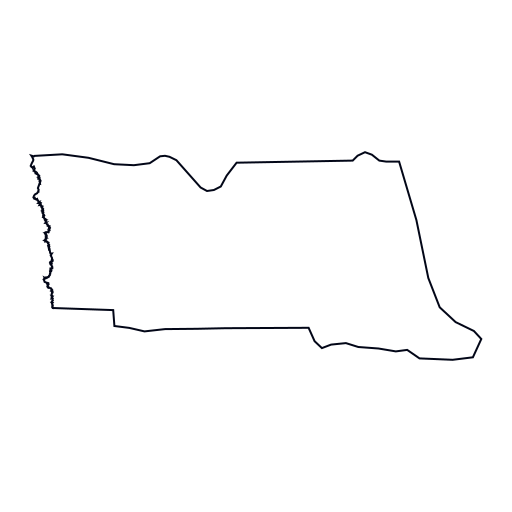 Amada-Gaza, Mambéré-Kadéï, Central African Republic (Albers equal-area conic projection)
{"feature_id": "33826404B6437617730206", "entity_name": "Amada-Gaza", "entity_type": "district", "adm_level": 2, "iso_a3": "CAF", "parent_name": "Central African Republic", "parent_adm1": "Mambéré-Kadéï", "projection": "albers", "projection_center": [14.714, 4.811], "detail": "fine", "context": "isolated", "style": "outline", "palette": "ink", "viewbox_px": 512, "rotation_deg": 0, "n_neighbors": 0, "source": "geoboundaries", "source_scale": "gbopen_adm2", "svg_char_len": 5486}
<svg xmlns="http://www.w3.org/2000/svg" viewBox="0 0 512 512"><path d="M321.9,348.1L331.1,344.6L345.9,343.1L358.3,347.0L378.5,348.5L395.8,351.4L407.2,349.9L419.5,358.4L452.6,359.8L472.9,357.3L481.3,339.0L473.9,331.0L455.6,322.1L439.7,307.3L428.3,278.0L416.4,220.1L399.1,161.6L386.2,161.6L379.3,160.6L371.9,154.7L365.0,152.2L357.6,155.7L352.7,160.6L236.6,162.7L226.7,175.6L220.8,186.5L213.9,190.0L207.0,191.0L200.6,187.5L176.4,160.2L169.5,156.8L165.0,155.8L160.1,156.3L149.7,163.2L133.9,165.2L114.1,164.2L88.5,157.8L62.3,154.3L34.5,155.9L33.9,156.4L31.3,155.6L32.2,157.0L33.3,159.4L33.2,160.6L31.7,163.4L30.7,165.9L31.6,167.0L32.0,167.1L31.9,167.2L32.3,167.5L32.6,167.3L32.7,167.6L32.9,167.3L33.3,167.2L33.4,167.4L33.8,167.5L33.9,167.2L34.1,167.5L34.2,167.3L34.7,168.6L34.4,168.8L34.3,169.5L34.0,169.7L33.9,170.1L34.1,170.0L34.2,170.3L33.8,170.4L33.9,170.6L34.1,170.7L34.0,170.9L34.3,171.0L34.5,171.5L35.2,172.0L35.3,172.0L35.4,171.7L35.5,171.7L35.8,172.3L35.6,172.5L35.9,172.4L35.9,172.6L35.5,172.7L35.5,173.1L35.9,173.2L35.8,173.4L36.2,173.5L36.2,173.3L36.5,173.4L36.6,174.0L36.9,174.1L37.2,173.7L37.3,174.1L37.8,174.3L37.8,174.6L38.0,174.9L38.2,175.2L38.4,175.0L39.2,175.7L39.0,176.1L39.1,176.4L38.6,176.5L38.5,176.9L38.2,177.1L38.6,177.3L38.5,177.5L38.4,177.8L38.6,177.9L38.5,178.3L39.1,178.4L39.0,178.6L39.5,178.5L39.4,179.0L39.7,179.1L39.9,179.5L39.7,180.2L40.0,180.3L39.9,180.6L40.2,180.5L40.4,180.7L40.2,180.9L40.3,181.1L40.1,181.2L40.1,181.4L39.9,181.3L39.9,181.9L39.8,182.1L40.0,182.5L39.9,183.2L40.0,183.7L39.7,183.6L39.6,183.9L39.3,184.0L39.1,184.8L37.9,188.1L38.7,189.9L38.3,190.8L38.5,191.8L37.7,192.2L37.2,193.2L35.0,194.4L34.1,195.6L33.4,197.4L34.1,198.4L34.3,198.4L34.7,198.2L34.7,198.7L35.1,198.6L35.4,199.0L36.0,199.2L36.3,199.1L36.8,199.6L37.2,199.2L37.3,199.5L37.1,199.7L37.5,199.8L37.5,200.0L37.7,200.6L38.2,200.8L38.9,201.9L38.7,202.1L38.9,202.2L39.4,202.0L39.2,202.4L39.5,202.6L39.5,202.8L39.2,203.0L39.5,203.0L39.3,203.3L39.6,203.8L40.0,203.9L39.8,204.3L40.0,204.2L39.9,204.4L40.2,204.3L40.0,204.7L40.7,204.5L40.9,204.9L40.7,205.2L41.2,205.3L41.3,205.5L41.1,205.8L41.3,205.9L41.3,206.1L42.5,206.4L42.4,206.8L42.1,206.7L41.9,206.9L41.7,206.7L41.6,206.9L42.0,207.1L41.8,207.6L42.0,207.8L42.3,207.8L42.5,208.4L42.4,208.6L42.8,208.7L43.1,208.9L42.9,209.6L43.1,210.0L42.9,210.1L43.1,210.2L43.1,210.5L42.6,210.6L42.5,210.9L42.7,211.2L42.8,211.0L42.9,211.3L42.4,211.4L43.4,212.3L43.3,212.5L43.0,212.5L43.0,213.0L42.6,213.1L43.3,214.3L43.5,214.4L43.3,214.6L43.3,215.0L43.2,215.3L43.4,215.4L43.7,215.3L44.2,215.7L43.9,216.1L43.2,216.4L43.0,217.0L43.6,217.1L43.5,217.4L44.1,217.8L44.2,218.3L44.7,218.7L45.4,219.0L45.3,219.4L46.1,219.8L45.6,220.0L46.0,220.2L45.8,220.4L45.8,220.7L45.6,220.8L45.9,221.1L45.9,221.6L45.7,221.9L46.1,222.2L45.7,222.7L46.3,222.6L46.0,222.9L46.3,223.4L46.6,223.6L46.9,224.2L47.7,224.5L47.7,225.4L48.1,225.6L47.8,225.9L48.3,226.2L48.8,226.1L49.2,226.7L49.1,227.2L49.5,226.9L49.5,227.4L49.9,227.6L50.0,227.8L49.6,228.2L49.7,228.5L49.3,229.7L49.4,230.0L48.7,230.2L49.1,230.6L48.7,230.8L48.6,232.3L48.3,232.4L48.0,232.2L47.2,232.1L45.6,232.2L45.3,232.4L45.7,232.8L45.4,233.3L45.7,233.4L45.6,233.8L45.9,233.7L45.9,234.1L45.6,234.0L46.3,234.8L46.2,235.2L46.4,235.4L46.2,235.6L46.5,235.9L46.2,236.1L46.6,236.4L46.6,236.8L46.5,237.2L46.2,237.4L46.4,237.6L46.1,237.6L46.0,238.0L46.3,238.4L46.3,238.8L46.1,239.0L45.8,238.7L45.8,239.1L45.3,239.3L45.1,239.9L44.8,240.1L45.1,240.3L44.6,240.5L44.8,240.6L45.2,240.4L45.0,240.9L45.3,241.1L45.3,241.5L45.6,241.4L45.7,241.0L46.1,241.2L47.2,241.7L47.2,242.1L48.2,242.5L47.9,242.8L47.9,243.3L48.7,244.2L48.5,244.4L48.8,245.0L48.6,245.3L49.0,245.4L48.9,245.6L48.6,245.5L48.1,245.8L48.3,246.3L49.0,246.7L49.3,246.8L49.2,247.2L48.8,247.3L48.7,247.1L48.6,247.3L48.7,248.0L48.9,248.2L49.0,249.5L49.6,249.3L50.1,252.6L50.5,253.6L51.8,253.5L51.5,253.9L51.1,255.3L50.8,255.6L51.1,256.0L51.2,256.5L51.9,257.6L52.1,258.6L51.9,259.0L51.8,260.0L52.6,260.0L52.7,260.6L52.3,260.8L52.4,261.3L52.2,261.5L51.0,261.5L50.3,261.9L50.1,262.4L50.5,262.5L50.8,262.8L50.2,262.8L50.2,263.1L50.6,263.0L51.0,263.2L50.8,263.4L50.4,263.4L50.6,263.9L51.0,264.1L50.6,264.4L50.7,264.6L51.2,264.6L51.5,264.9L51.9,266.5L52.2,266.6L52.4,268.1L52.3,268.4L51.0,268.4L50.9,269.0L50.4,268.8L50.3,270.4L51.2,270.4L51.4,270.6L51.2,271.2L50.5,271.1L50.0,271.3L50.3,273.0L50.0,273.5L50.2,273.9L49.8,274.4L49.8,275.3L49.0,275.9L48.9,276.6L48.6,276.6L48.2,277.1L47.5,277.1L47.0,277.5L46.6,277.5L46.8,277.9L46.6,278.0L46.4,277.9L46.4,277.4L45.2,277.5L45.3,277.9L44.9,278.2L44.6,278.0L44.8,278.5L44.3,278.5L43.6,279.5L44.0,280.0L44.6,281.9L46.9,282.8L47.0,283.6L47.8,283.4L48.0,283.0L48.3,283.1L48.3,283.6L48.6,284.2L47.3,286.2L47.4,286.5L47.8,286.6L47.6,286.9L47.8,287.1L47.9,287.5L48.6,287.9L49.4,287.7L50.5,288.3L50.9,288.3L51.0,288.8L51.5,289.0L52.1,289.8L51.7,290.3L52.0,290.6L51.6,290.9L51.3,290.8L51.2,290.9L51.6,291.1L51.8,291.6L52.2,291.5L52.6,291.8L52.6,292.6L51.8,293.4L51.7,294.8L51.9,295.3L51.5,295.4L51.7,295.6L51.6,296.0L52.0,296.2L52.2,296.5L52.5,296.5L51.7,297.7L52.0,297.9L51.7,298.4L52.4,298.3L52.7,298.5L52.5,298.9L52.5,299.6L52.8,300.5L52.0,301.2L51.8,301.8L52.1,301.9L52.1,302.4L51.7,302.5L51.9,302.7L52.3,302.7L52.6,302.8L52.0,303.6L52.1,303.8L52.5,303.6L52.1,304.1L52.2,304.4L52.8,305.2L52.6,305.7L52.2,306.1L52.9,307.3L52.8,307.6L52.6,307.4L52.4,307.5L52.7,308.0L113.2,310.1L114.4,326.0L129.3,327.9L144.5,331.4L165.0,329.1L197.0,328.8L225.4,328.2L308.6,327.8L314.6,341.2L321.9,348.1Z" fill="none" stroke="#020617" stroke-width="2"/></svg>